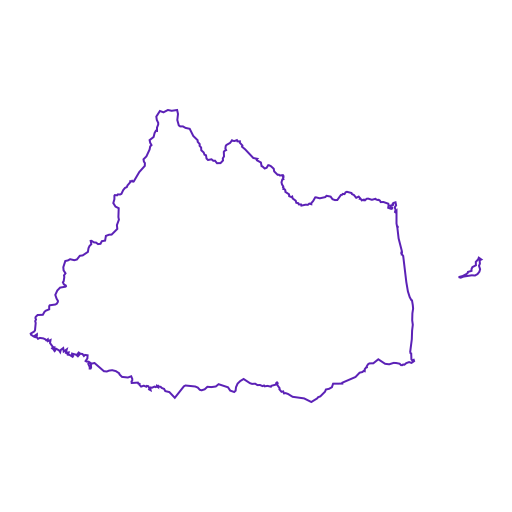 outline of Bang Saphan Noi, Prachuap Khiri Khan, Thailand
{"feature_id": "78962969B56778840281183", "entity_name": "Bang Saphan Noi", "entity_type": "district", "adm_level": 2, "iso_a3": "THA", "parent_name": "Thailand", "parent_adm1": "Prachuap Khiri Khan", "projection": "albers", "projection_center": [99.369, 11.087], "detail": "fine", "context": "isolated", "style": "outline", "palette": "violet", "viewbox_px": 512, "rotation_deg": 0, "n_neighbors": 0, "source": "geoboundaries", "source_scale": "gbopen_adm2", "svg_char_len": 6015}
<svg xmlns="http://www.w3.org/2000/svg" viewBox="0 0 512 512"><path d="M159.9,111.0L156.3,116.6L156.8,119.9L158.2,122.8L158.2,124.5L157.0,127.6L157.0,130.9L155.9,130.7L154.6,133.0L153.6,137.0L149.6,140.1L150.2,142.8L151.5,145.1L150.2,146.4L149.6,149.5L146.4,156.4L143.5,159.3L143.9,161.6L144.9,163.1L144.8,165.9L139.3,172.0L133.7,181.5L133.1,181.7L132.1,180.8L131.5,181.4L130.3,181.2L130.1,182.4L127.5,185.4L126.8,187.1L125.0,187.9L123.2,190.1L121.4,193.9L120.0,194.5L117.8,194.4L117.1,195.3L114.8,195.1L114.4,195.7L114.4,199.2L113.3,203.1L115.5,206.6L118.7,208.2L118.4,217.1L118.9,219.7L116.9,225.1L117.3,228.9L111.6,234.6L109.1,234.7L105.9,235.9L105.1,240.6L101.8,241.2L100.5,243.8L98.0,244.1L96.1,242.6L94.0,242.4L91.5,240.8L90.7,240.9L91.3,244.2L89.5,246.0L88.5,248.2L87.9,251.9L82.7,255.4L79.8,255.8L76.9,259.5L74.3,260.2L70.1,259.2L68.0,260.4L65.3,261.0L63.3,267.2L63.6,270.4L65.5,273.3L64.0,275.4L64.3,277.0L63.7,281.1L62.9,282.3L63.9,284.4L65.8,285.5L66.0,286.2L65.5,286.7L60.1,287.6L57.3,290.5L55.3,294.9L56.6,298.7L57.9,300.8L57.9,301.8L56.8,303.7L55.4,304.5L49.7,305.3L49.2,306.2L49.2,309.3L45.8,310.7L44.5,311.8L42.8,314.8L37.6,315.0L35.7,316.9L35.4,318.0L36.0,319.5L35.2,321.1L35.7,323.0L35.0,330.3L34.2,331.5L30.7,333.6L31.0,334.7L33.7,336.5L36.9,334.3L36.9,335.5L35.7,337.2L37.0,337.4L38.0,338.8L39.8,337.9L43.3,338.4L45.3,339.3L46.3,340.4L47.8,339.3L48.0,341.1L50.5,340.0L50.0,343.0L52.9,347.0L54.4,347.3L54.0,348.2L52.5,347.8L52.1,348.3L53.3,349.1L54.6,351.1L55.2,350.5L55.3,348.8L56.1,348.7L59.2,350.5L60.2,352.1L60.8,349.9L63.2,348.1L63.7,351.5L66.7,349.4L65.8,352.8L67.1,353.6L67.7,352.5L68.7,352.4L68.0,354.7L69.6,354.9L72.6,356.8L73.1,356.0L72.0,354.9L72.1,353.6L76.1,354.7L77.9,356.3L79.2,354.8L77.8,353.7L78.7,352.5L80.3,353.7L82.5,354.0L83.9,356.0L85.0,354.9L87.6,355.3L87.4,358.4L85.6,361.0L86.6,361.6L88.6,361.7L90.0,362.6L88.3,363.9L89.7,367.0L89.7,368.5L90.6,368.5L91.1,367.6L90.9,363.8L94.5,363.0L103.9,371.2L106.8,371.5L109.1,370.6L112.2,370.2L115.8,371.1L119.2,373.3L119.5,374.4L122.0,376.9L127.9,377.5L131.2,376.3L132.3,379.0L132.2,380.6L131.5,381.4L131.7,383.0L137.9,382.6L138.2,383.5L139.5,383.8L139.4,384.7L141.1,386.6L143.8,385.7L146.3,386.7L146.8,385.9L148.3,386.2L149.1,387.8L149.8,387.9L149.1,389.4L150.6,390.2L150.3,388.8L150.7,387.5L152.0,387.7L154.5,386.6L155.4,387.1L156.1,386.7L156.8,386.9L156.9,386.0L157.8,386.8L157.6,385.8L158.1,385.7L159.1,386.7L160.6,386.8L161.8,388.0L164.1,388.9L165.3,391.1L169.4,392.1L174.8,397.8L183.9,386.3L185.5,385.5L195.2,386.5L197.8,387.6L199.8,389.8L201.6,390.3L204.7,389.3L207.4,386.8L211.3,387.1L215.8,386.5L218.6,384.2L228.0,387.3L230.2,390.6L234.2,392.0L235.6,390.7L236.0,387.2L237.6,383.6L240.3,381.0L243.6,379.0L250.0,383.2L252.1,383.9L255.2,383.7L257.4,385.1L260.0,385.0L262.5,386.1L264.0,385.5L264.6,386.3L267.6,385.9L270.9,386.7L271.4,385.8L276.2,384.5L276.1,383.2L277.0,382.4L277.7,383.2L277.1,384.7L279.6,388.2L279.4,389.3L281.5,391.8L283.2,391.4L284.0,393.4L285.6,393.1L288.1,394.0L292.6,396.8L304.1,398.4L311.3,402.0L317.2,398.4L318.1,397.2L320.3,396.4L325.0,391.7L325.9,389.5L329.1,388.8L331.9,387.2L333.1,383.7L342.3,383.6L342.3,382.7L355.5,377.0L359.6,372.7L362.5,372.0L363.6,370.9L364.7,371.2L364.8,369.1L365.9,367.7L366.9,367.3L366.7,366.4L368.0,364.3L369.4,363.4L373.3,363.3L378.3,359.3L385.1,363.8L389.2,364.3L393.6,362.9L396.1,363.0L399.6,363.7L401.0,365.1L402.5,365.1L403.1,364.5L404.4,364.7L406.3,363.1L409.1,362.1L411.5,362.9L414.1,361.1L413.7,359.8L412.2,360.4L411.4,359.3L411.2,353.5L410.5,353.2L410.2,351.7L411.8,339.3L412.1,330.6L412.8,324.8L412.2,320.3L412.4,313.3L413.1,308.6L412.8,305.2L412.0,300.4L411.4,300.2L409.7,297.1L407.9,291.4L406.3,282.0L403.2,256.0L401.3,253.4L401.4,251.6L401.6,253.3L402.0,252.8L401.9,251.3L398.6,238.4L397.3,227.2L398.5,226.8L397.1,226.6L396.5,223.5L396.5,211.5L395.8,212.6L395.0,212.0L395.6,209.7L394.7,207.3L396.1,205.3L395.5,202.3L393.3,203.0L392.7,203.9L393.2,204.4L393.0,205.0L390.5,205.6L390.7,207.6L392.1,207.6L392.2,208.5L391.2,208.9L388.2,207.8L388.6,205.1L388.3,203.7L383.4,202.0L380.7,202.1L379.9,200.6L378.7,199.8L378.2,200.1L376.1,199.5L375.5,198.8L371.9,199.8L368.1,198.6L366.6,198.8L365.1,200.2L364.5,199.8L364.0,200.3L363.3,199.7L361.8,200.4L360.6,198.8L359.9,198.8L360.1,198.2L358.7,196.6L356.2,197.8L353.9,195.0L352.0,194.1L351.5,193.0L346.9,191.8L345.6,192.3L344.5,194.1L342.8,193.9L342.2,194.7L340.9,195.0L337.3,200.0L335.0,200.1L332.5,199.2L330.6,196.6L326.5,195.8L325.3,197.1L319.8,198.3L315.8,197.3L315.2,197.4L313.1,201.1L311.3,203.1L311.3,204.2L309.3,203.6L307.9,204.8L305.5,204.7L301.4,205.6L301.1,204.5L298.8,204.4L298.3,203.2L296.3,202.8L295.7,200.7L292.7,198.5L292.2,196.6L291.5,197.1L289.2,196.2L289.0,194.3L285.4,191.9L285.3,190.2L284.5,189.2L283.4,189.0L283.6,188.0L283.0,187.3L283.3,186.5L282.0,184.4L281.5,182.3L282.3,179.5L283.4,179.2L283.0,177.9L283.5,177.1L282.9,176.4L283.4,175.9L282.9,175.1L279.9,175.5L278.8,174.7L277.6,174.8L274.2,171.4L273.7,168.7L270.8,166.1L268.8,165.2L268.2,165.2L266.6,167.8L264.7,168.5L262.4,166.4L261.6,166.2L260.9,162.5L256.9,160.3L256.5,159.5L257.2,158.8L253.3,158.0L245.1,149.3L242.0,146.7L242.4,145.5L239.8,142.7L239.9,141.3L237.4,141.3L236.9,140.1L234.6,141.0L232.7,140.8L232.0,140.3L230.1,142.9L226.4,145.0L225.7,146.1L225.4,148.5L226.1,150.1L224.6,150.8L223.8,151.9L224.0,156.4L222.8,158.4L223.0,160.5L220.5,163.1L217.0,163.2L215.0,160.7L213.3,160.8L211.5,159.3L208.0,160.0L206.5,158.5L206.0,155.3L204.5,154.7L203.7,152.5L201.3,150.3L201.1,147.5L199.6,145.8L199.7,144.1L197.7,141.8L197.6,140.2L193.3,136.0L189.7,128.8L185.5,127.9L182.9,126.4L180.2,126.4L178.8,125.4L177.3,120.0L178.0,114.0L177.1,110.0L171.7,110.8L167.9,110.0L163.5,112.3L159.9,111.0ZM481.3,259.5L478.8,257.7L478.2,259.3L475.8,261.9L475.9,265.3L472.4,267.1L471.5,269.1L471.5,270.9L468.0,271.9L467.8,272.8L466.5,274.0L462.7,276.0L459.4,276.9L459.4,277.3L460.7,277.7L463.5,276.6L471.7,275.3L475.0,275.5L477.5,274.1L479.4,271.7L480.1,269.2L479.0,265.8L479.9,263.7L479.6,260.3L481.3,259.5Z" fill="none" stroke="#5b21b6" stroke-width="2"/></svg>